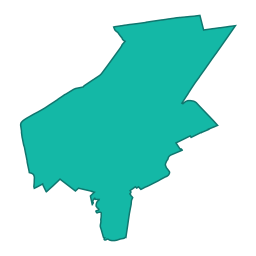 outline of Mogosoaia, Ilfov, Romania
{"feature_id": "2599482B61914387946285", "entity_name": "Mogosoaia", "entity_type": "district", "adm_level": 2, "iso_a3": "ROU", "parent_name": "Romania", "parent_adm1": "Ilfov", "projection": "robinson", "projection_center": [26.008, 44.535], "detail": "fine", "context": "isolated", "style": "filled", "palette": "teal", "viewbox_px": 256, "rotation_deg": 0, "n_neighbors": 0, "source": "geoboundaries", "source_scale": "gbopen_adm2", "svg_char_len": 4976}
<svg xmlns="http://www.w3.org/2000/svg" viewBox="0 0 256 256"><path d="M29.3,172.6L31.4,173.2L32.4,173.7L33.4,174.5L33.9,175.4L34.2,176.5L34.4,177.5L34.3,179.4L34.2,182.9L33.9,186.2L33.9,186.8L34.3,188.3L37.0,187.0L38.7,186.1L42.6,184.0L42.6,184.3L43.5,186.2L44.5,188.3L46.1,191.6L46.3,191.8L46.5,191.7L51.8,186.9L52.3,186.5L57.7,181.4L60.0,179.1L60.2,179.3L75.4,191.0L78.5,188.2L91.9,191.3L91.8,191.5L94.4,192.2L90.4,196.0L92.4,205.3L92.5,203.9L93.3,203.0L93.3,202.7L92.8,202.0L92.8,201.9L93.0,200.3L93.7,199.5L94.3,198.6L94.5,198.3L94.7,198.2L94.8,198.2L94.9,198.3L95.3,199.4L99.1,199.4L99.0,199.7L99.0,199.9L98.8,200.1L98.7,200.2L97.7,201.1L97.2,201.7L96.9,202.2L96.5,203.1L96.2,204.5L96.1,205.1L96.2,205.6L96.1,206.0L96.4,206.6L96.8,207.1L97.3,207.9L97.5,207.9L98.0,208.3L98.2,208.5L98.5,208.8L98.8,209.3L98.9,209.7L98.8,209.8L98.5,210.1L97.7,210.3L96.8,210.6L96.2,210.9L95.9,211.1L96.2,212.0L96.6,212.6L96.8,212.8L97.1,212.9L97.8,212.6L98.5,212.4L99.0,212.3L99.3,212.2L99.5,212.2L100.0,212.2L100.4,212.3L100.7,212.4L100.9,212.6L101.1,212.7L101.2,213.0L101.3,213.2L101.3,213.5L101.2,214.3L101.2,214.5L101.2,214.9L101.3,215.4L101.2,215.9L101.2,216.4L101.2,216.8L101.1,217.2L101.1,217.5L101.1,217.8L101.0,218.3L100.9,218.8L100.8,219.2L100.8,219.6L100.8,220.0L100.9,220.8L100.9,221.6L100.8,222.5L100.6,223.7L100.4,224.6L100.3,225.7L100.3,226.1L100.4,226.9L100.6,227.5L100.8,228.2L101.5,230.4L101.9,231.9L102.5,234.0L103.3,236.8L103.5,237.4L103.9,237.8L104.5,237.9L104.4,238.0L104.1,239.3L104.4,239.7L104.5,239.7L104.6,239.8L104.9,240.0L105.9,239.9L106.9,239.2L107.5,239.1L108.1,239.2L109.9,240.2L111.8,240.6L114.6,240.6L116.8,240.2L120.3,239.0L123.7,238.4L124.7,237.9L124.8,237.6L125.6,237.3L125.9,237.4L126.5,233.2L127.3,227.9L127.5,226.6L128.4,220.2L129.4,213.4L131.1,204.5L131.3,202.4L131.4,201.0L131.5,200.5L131.8,199.6L132.1,198.9L132.4,198.3L132.7,197.6L132.4,197.3L132.1,196.8L131.4,196.1L130.9,195.6L130.7,195.2L130.6,194.9L130.6,194.7L129.8,193.9L129.8,193.7L130.8,192.8L130.9,191.9L130.6,191.4L130.1,190.6L130.6,190.2L135.4,186.8L135.8,187.2L136.7,188.1L138.5,186.8L140.9,189.4L141.1,189.3L144.0,187.8L144.5,187.5L145.3,187.1L146.0,186.7L146.3,186.7L146.5,186.7L147.9,186.0L149.0,185.5L153.7,183.1L158.1,180.9L160.3,179.6L165.9,176.6L166.0,176.7L166.9,176.3L168.1,175.4L168.8,174.6L169.2,173.8L169.5,173.0L169.6,172.2L169.4,171.7L168.7,170.7L168.4,170.3L167.6,169.3L167.5,169.1L166.8,168.3L166.3,167.5L165.3,164.9L165.7,163.1L166.9,160.5L167.7,159.6L167.9,159.1L168.3,157.6L168.5,157.1L169.1,156.4L169.5,155.9L169.9,155.6L170.3,155.3L171.1,154.9L182.2,150.2L182.1,149.9L181.4,149.1L180.7,149.6L180.3,148.8L180.1,148.8L179.9,148.8L178.5,146.7L176.1,143.1L176.0,142.9L179.5,141.2L184.0,139.0L190.0,136.0L190.2,135.9L191.1,137.4L201.3,132.4L201.4,132.6L201.7,132.4L208.6,129.5L208.4,129.2L217.3,125.5L217.6,125.4L217.1,124.8L213.4,120.7L204.6,111.5L199.7,106.4L196.3,102.7L194.8,101.7L193.7,101.2L192.1,100.9L190.4,100.6L189.2,100.6L188.6,100.6L187.7,100.7L186.1,101.3L185.1,101.9L183.4,103.3L183.0,103.7L182.8,103.7L181.9,103.2L183.5,100.7L184.4,99.3L186.4,96.2L188.0,93.8L188.1,93.5L191.3,88.5L192.3,87.0L193.1,85.8L193.9,84.6L194.7,83.4L195.9,81.7L196.4,81.0L199.0,77.5L199.8,76.2L205.7,68.0L207.2,65.8L207.8,65.0L211.8,59.2L215.5,54.1L216.5,52.8L217.7,51.0L219.5,48.5L224.0,42.1L227.1,37.7L232.3,30.2L234.3,27.3L235.4,25.7L231.7,26.2L229.6,26.4L226.5,26.9L220.1,27.8L219.9,27.8L219.7,27.8L219.4,27.8L213.9,28.6L213.3,28.6L209.4,29.2L203.6,30.0L201.5,21.7L199.9,15.4L195.3,16.0L195.0,16.1L192.7,16.3L190.0,16.5L188.1,16.7L187.4,16.8L186.0,16.9L184.4,17.1L183.2,17.2L182.0,17.3L181.0,17.4L180.2,17.5L179.9,17.5L179.4,17.5L179.1,17.5L178.7,17.6L177.6,17.7L177.2,17.7L175.1,18.0L173.6,18.3L171.8,18.5L171.2,18.6L170.8,18.7L170.5,18.7L169.4,18.9L168.9,18.9L168.3,19.0L167.6,19.1L166.5,19.3L165.3,19.5L165.1,19.5L164.4,19.6L163.3,19.8L162.4,19.9L162.0,19.9L150.2,21.6L149.1,21.8L146.9,22.1L146.3,22.2L146.3,22.4L137.4,23.6L130.9,24.4L130.5,24.4L128.9,24.6L127.2,24.9L125.9,25.1L124.7,25.2L124.1,25.3L122.5,25.6L121.3,25.8L120.9,25.8L120.7,25.9L120.2,25.9L119.8,26.0L119.3,26.1L119.0,26.1L118.6,26.2L118.2,26.2L117.3,26.4L116.3,26.5L115.0,26.7L113.7,27.0L114.4,28.9L114.9,30.0L116.3,31.4L117.8,32.4L118.8,33.9L120.8,36.6L121.5,37.4L122.1,38.2L122.6,39.5L123.3,40.1L124.0,40.7L124.6,41.0L125.1,41.3L124.7,41.8L124.0,42.6L122.6,44.1L121.8,45.3L121.6,46.1L120.7,47.3L120.3,48.0L107.0,66.3L101.4,73.8L100.0,75.2L97.8,76.7L92.9,79.9L84.1,85.8L83.1,87.0L75.6,88.5L73.5,89.4L65.7,94.2L64.5,94.7L63.9,95.2L61.6,96.8L59.3,98.3L58.6,98.8L58.0,99.2L57.6,99.6L53.7,102.2L50.9,104.0L48.9,105.3L46.7,106.8L44.7,108.1L41.8,109.8L37.7,112.1L36.3,112.8L36.0,113.0L34.2,113.9L27.0,118.0L24.8,119.4L23.2,120.5L22.0,121.7L21.1,122.8L20.8,123.7L20.6,125.0L21.5,131.0L21.5,132.7L22.1,137.2L22.5,139.0L23.5,144.2L23.8,145.4L24.4,147.1L25.6,153.5L26.0,155.3L26.7,158.9L26.7,159.1L27.0,160.2L27.2,162.3L28.5,168.5L29.1,171.3L29.3,172.6Z" fill="#14b8a6" stroke="#0f766e" stroke-width="1.5"/></svg>